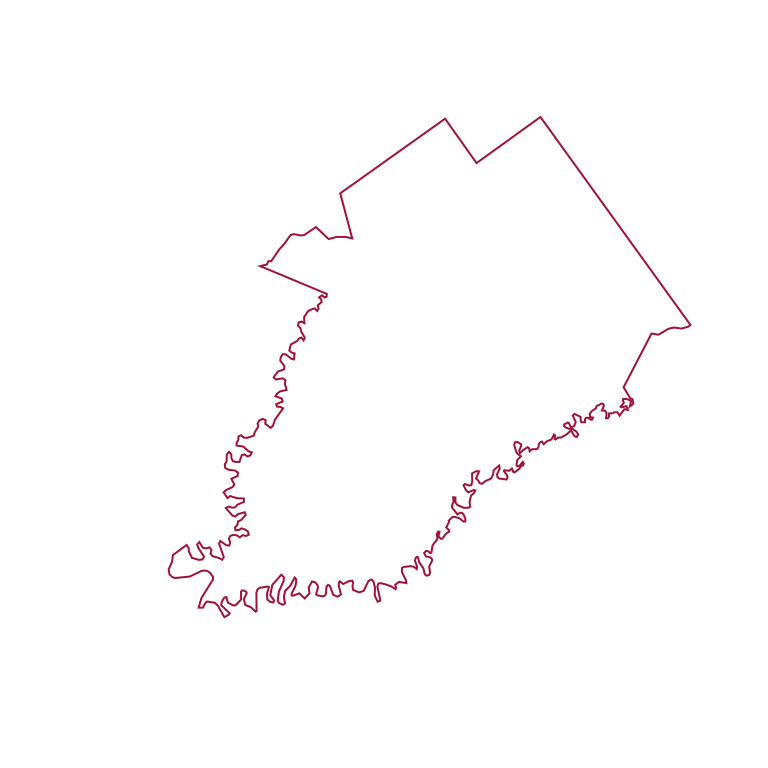 San Pedro, Misiones, Argentina (orthographic projection), rotated 55°
{"feature_id": "61730980B51205763692060", "entity_name": "San Pedro", "entity_type": "district", "adm_level": 2, "iso_a3": "ARG", "parent_name": "Argentina", "parent_adm1": "Misiones", "projection": "orthographic", "projection_center": [-53.77, -26.751], "detail": "fine", "context": "isolated", "style": "outline", "palette": "rose", "viewbox_px": 768, "rotation_deg": 55, "n_neighbors": 0, "source": "geoboundaries", "source_scale": "gbopen_adm2", "svg_char_len": 6164}
<svg xmlns="http://www.w3.org/2000/svg" viewBox="0 0 768 768"><g transform="rotate(55 384 384)"><path d="M202.7,310.5L246.5,326.5L241.5,331.1L236.4,338.4L233.5,346.2L216.4,349.7L216.2,364.0L214.5,367.1L209.4,372.0L208.4,375.2L212.1,385.4L213.6,392.4L218.7,405.9L217.1,408.4L218.9,411.4L216.4,417.8L277.4,379.2L279.5,380.9L279.0,383.1L275.8,383.9L275.7,387.5L278.8,386.9L281.1,388.1L281.6,393.3L284.8,394.3L285.8,396.9L282.3,397.3L280.8,402.7L281.0,405.3L283.5,411.2L288.5,414.3L285.5,415.8L284.6,418.7L286.9,420.9L290.5,420.4L293.7,421.8L300.6,422.3L302.1,424.9L298.6,425.0L298.0,427.3L298.9,430.5L298.2,437.6L302.2,442.4L304.9,441.8L307.7,439.7L312.2,443.7L310.4,445.4L303.6,447.3L301.5,449.6L302.7,453.0L305.2,455.5L312.3,455.4L314.7,457.3L313.0,463.8L315.2,470.6L318.2,470.0L321.4,463.6L324.3,462.5L326.9,465.0L333.0,467.2L330.5,473.2L330.5,476.6L331.7,479.9L337.2,476.1L340.2,477.0L338.7,483.9L341.1,484.6L343.5,481.9L346.0,480.6L350.7,493.8L354.6,499.1L354.9,502.0L348.4,504.1L345.8,501.7L343.0,503.4L342.3,506.8L343.7,510.1L346.8,511.5L349.4,517.6L351.6,520.3L349.6,527.1L347.5,529.5L344.0,530.4L343.5,533.4L346.2,535.3L347.5,538.3L349.8,540.1L354.6,535.1L361.4,533.6L364.1,531.5L365.8,534.3L365.1,537.4L361.7,538.6L360.7,541.4L364.9,547.0L363.0,550.0L360.4,552.1L356.9,551.4L354.0,549.4L350.7,549.8L351.5,553.2L357.1,557.3L358.6,560.6L361.6,562.2L364.8,560.7L369.6,555.6L372.8,554.4L375.4,556.8L374.1,563.4L380.4,564.2L381.6,567.1L380.3,574.2L380.8,577.5L387.7,577.6L387.5,574.3L393.1,570.1L397.4,564.5L400.2,566.3L398.8,573.2L399.7,576.6L398.1,579.4L395.3,581.5L394.9,584.7L405.0,583.6L407.3,581.8L406.8,578.3L409.2,571.6L411.9,572.4L413.5,579.2L412.8,582.5L415.3,584.8L416.0,588.3L418.6,589.5L420.3,586.6L420.6,583.4L423.5,581.3L426.6,580.0L429.9,581.2L429.4,584.1L426.7,586.5L427.0,590.0L423.7,591.3L421.2,593.8L420.3,597.0L421.8,599.9L425.4,600.8L427.6,603.4L425.4,605.8L418.7,608.1L420.2,610.7L433.9,614.5L435.2,617.3L432.0,618.9L426.5,623.3L423.3,623.3L421.2,620.6L417.8,620.6L416.6,624.1L414.2,626.3L407.5,625.9L408.3,629.1L411.6,630.1L422.3,630.5L423.6,633.4L421.8,636.6L416.3,641.0L409.3,639.9L406.2,638.1L402.6,638.1L403.1,655.1L408.0,659.5L412.3,666.7L416.8,668.9L420.9,668.1L423.1,666.4L430.3,653.6L432.4,641.0L433.6,638.3L436.1,635.8L439.0,634.8L444.2,634.8L446.2,636.5L454.5,656.2L460.9,664.1L463.3,660.7L460.8,655.9L460.7,653.7L466.1,648.1L470.2,647.2L483.4,648.5L483.9,643.9L483.3,641.9L472.0,644.2L469.9,642.5L468.0,639.1L467.5,636.8L468.1,635.3L473.5,637.3L478.9,634.5L480.1,632.6L478.6,624.7L472.2,620.3L471.6,618.9L473.4,616.8L475.6,616.0L476.7,616.6L479.7,622.1L485.4,624.4L490.5,621.1L496.8,619.7L496.9,618.6L481.6,608.1L479.9,605.7L479.5,603.1L483.1,595.6L484.3,594.7L488.5,600.0L493.6,603.2L497.2,602.2L499.6,599.8L498.1,598.1L491.8,598.3L484.5,590.7L481.3,577.5L484.7,576.9L487.8,579.2L493.7,589.1L500.4,595.3L503.0,595.7L506.9,593.5L507.0,591.0L501.2,588.3L496.9,583.9L495.5,576.5L491.3,568.1L493.5,567.9L496.5,570.1L498.9,572.8L502.9,580.1L504.2,580.9L505.2,580.0L506.9,573.4L514.2,572.0L512.7,565.0L507.4,562.4L504.5,556.1L507.0,554.1L510.9,553.8L513.1,555.1L517.3,560.2L518.3,560.3L522.9,555.9L523.4,553.4L522.1,551.4L517.3,547.7L516.4,545.1L518.3,544.1L527.6,546.5L531.7,543.9L531.7,540.0L523.4,536.8L520.8,534.9L520.3,533.3L524.4,532.2L525.3,526.1L526.8,522.9L528.7,523.1L531.9,526.0L535.2,527.4L540.5,523.8L541.8,519.3L536.8,510.4L536.5,507.6L537.3,506.1L540.1,506.0L545.7,508.2L551.9,512.9L558.7,514.1L559.3,511.2L546.3,505.7L544.2,503.1L545.2,501.0L548.7,497.9L553.5,494.4L558.7,492.2L558.3,491.2L554.9,490.0L554.7,485.2L559.8,480.0L557.9,478.7L548.1,477.1L545.0,474.8L545.3,472.6L548.6,466.5L551.1,464.2L554.4,463.3L552.6,461.7L546.5,460.0L544.6,457.7L544.4,456.2L545.3,455.6L550.4,457.4L557.7,457.5L563.3,459.7L565.3,459.2L566.3,456.8L565.2,454.6L559.3,451.6L556.4,446.1L554.9,445.1L552.2,445.8L549.2,448.6L545.5,448.1L544.8,445.3L546.8,443.5L549.0,443.2L549.3,441.9L544.0,436.7L541.5,429.0L537.0,426.7L536.0,424.2L536.9,423.3L540.0,426.8L543.5,426.2L544.1,424.8L542.1,418.9L542.3,415.2L541.5,414.6L537.3,415.3L534.1,409.6L533.1,409.4L532.2,404.6L532.8,402.9L537.2,399.2L542.3,397.8L543.2,396.2L541.4,394.8L537.4,393.8L534.4,394.0L533.1,395.4L532.9,398.6L524.4,399.1L522.5,397.9L520.2,394.4L516.4,392.4L517.9,390.6L522.0,393.4L525.2,393.3L531.5,389.4L534.0,385.2L534.0,383.6L529.8,381.7L525.3,376.7L524.9,372.6L523.5,370.3L522.4,371.1L521.1,377.0L518.2,377.8L512.5,376.9L512.4,374.9L515.9,372.7L516.9,370.5L514.3,367.5L507.8,363.2L508.3,358.4L510.1,356.2L514.2,362.8L517.2,362.1L519.9,362.6L521.9,361.1L521.8,355.8L522.9,350.7L520.7,346.4L517.6,343.8L516.8,336.5L519.6,337.6L522.8,343.2L525.3,344.4L527.5,343.9L532.5,338.4L531.6,336.5L529.2,335.6L524.3,335.8L523.6,334.8L526.9,331.3L526.6,327.7L530.4,328.5L531.3,327.6L531.1,322.3L529.8,318.1L530.5,316.8L529.3,315.1L527.4,314.9L528.8,320.3L527.8,322.0L526.7,322.1L522.8,318.7L521.7,313.2L517.9,314.6L515.4,314.6L508.6,312.3L506.9,310.3L507.9,308.0L512.0,306.3L513.5,307.2L516.1,311.5L518.6,312.2L517.9,308.0L518.1,302.7L519.6,302.0L522.8,303.3L522.4,300.0L525.0,296.2L524.6,293.9L522.0,291.7L521.3,289.3L521.8,287.6L525.0,287.7L524.3,283.6L525.5,278.7L522.9,273.7L524.2,273.3L526.8,275.7L527.8,275.4L527.7,272.2L529.4,269.7L530.0,263.3L529.3,257.4L536.0,257.9L538.0,256.6L536.8,253.9L534.0,253.6L529.1,255.3L526.7,258.3L523.1,260.4L521.7,260.6L520.5,259.7L521.0,255.5L522.1,254.9L527.0,255.9L527.4,252.1L525.2,248.8L518.1,247.4L517.7,245.2L523.6,241.8L527.1,244.1L528.7,244.1L530.5,241.3L528.1,239.5L527.6,237.8L528.6,236.3L532.0,235.0L532.5,233.8L531.4,232.1L529.2,234.1L526.4,232.6L525.3,228.8L525.5,224.5L524.0,222.7L524.9,216.8L526.1,215.9L528.0,216.4L530.7,220.7L532.6,218.2L535.4,218.3L539.4,221.8L540.4,220.4L540.0,218.7L537.2,216.5L538.8,214.2L539.4,211.4L541.1,209.0L545.0,209.1L542.5,201.6L545.0,199.2L541.2,198.0L539.5,202.7L538.3,203.3L537.0,198.4L534.0,197.5L533.4,196.5L536.2,193.2L539.7,191.3L543.4,195.6L543.2,191.1L539.0,189.2L536.7,190.5L524.1,189.6L496.1,135.9L501.1,130.8L501.8,120.2L502.8,116.8L504.4,113.7L509.3,108.4L511.6,101.7L511.3,99.1L255.0,102.7L256.1,181.5L201.7,181.8L202.7,310.5Z" fill="none" stroke="#9f1239" stroke-width="2"/></g></svg>